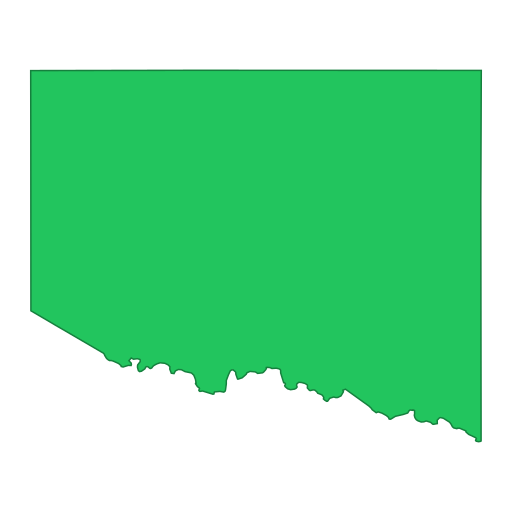 the district of Iron, Michigan, United States of America
{"feature_id": "52423323B77509587550290", "entity_name": "Iron", "entity_type": "district", "adm_level": 2, "iso_a3": "USA", "parent_name": "United States of America", "parent_adm1": "Michigan", "projection": "mercator", "projection_center": [-88.526, 46.17], "detail": "fine", "context": "isolated", "style": "filled", "palette": "green", "viewbox_px": 512, "rotation_deg": 0, "n_neighbors": 0, "source": "geoboundaries", "source_scale": "gbopen_adm2", "svg_char_len": 2725}
<svg xmlns="http://www.w3.org/2000/svg" viewBox="0 0 512 512"><path d="M30.7,70.6L30.8,135.8L30.9,310.8L52.6,323.5L55.4,325.2L60.8,328.3L103.3,353.1L104.3,354.2L104.7,355.4L106.6,358.5L108.3,359.9L109.7,360.6L111.1,360.5L113.0,361.0L118.6,363.5L120.7,365.3L121.3,366.0L121.2,366.5L123.1,367.0L128.3,365.4L131.1,365.5L131.4,364.6L131.2,363.1L128.9,360.7L131.2,358.0L133.5,359.2L137.3,358.7L139.9,359.4L140.2,359.8L140.2,361.6L137.7,364.9L137.5,366.0L137.5,367.5L138.4,370.7L139.6,371.6L141.5,371.2L144.8,368.9L145.4,367.8L145.6,367.3L145.9,367.0L146.2,366.8L146.7,366.6L147.2,366.6L147.9,366.7L149.8,368.3L150.5,368.5L151.7,368.0L152.9,366.4L153.9,365.5L156.8,363.9L160.1,362.8L164.9,363.3L168.0,364.8L169.9,366.7L169.8,369.2L171.3,373.2L174.0,373.6L175.4,370.9L178.3,369.5L181.4,369.7L185.0,371.6L189.3,372.5L191.5,373.0L193.8,375.2L195.4,379.2L196.1,383.0L195.7,383.0L195.5,383.7L197.5,386.7L199.3,388.0L199.5,388.6L199.1,389.4L198.9,390.5L199.4,391.1L199.9,391.4L200.7,391.3L202.5,391.0L212.9,394.2L213.9,394.0L214.3,392.2L214.7,391.9L219.9,391.4L223.8,392.1L225.0,391.3L225.5,390.0L226.3,383.9L226.3,380.5L228.4,374.9L230.2,371.0L231.5,370.0L233.2,369.9L235.4,371.8L235.7,372.3L235.9,374.4L237.5,378.9L237.9,379.2L242.2,377.8L246.2,374.3L246.9,372.8L250.0,371.4L255.4,371.9L257.6,373.4L262.6,372.8L263.7,372.0L265.8,369.6L266.5,368.2L266.3,367.5L267.1,367.3L270.0,367.6L271.9,368.5L276.2,368.2L278.9,368.8L280.1,369.4L280.6,370.3L280.7,373.1L283.7,382.7L284.4,382.7L285.4,383.7L285.4,384.3L284.7,385.7L285.1,386.6L287.6,388.8L290.6,389.7L294.6,389.1L296.1,388.3L297.1,387.0L296.6,385.5L296.8,383.9L298.8,382.3L301.5,382.5L305.1,383.5L307.3,384.9L307.5,385.9L307.3,387.9L309.4,390.3L310.2,390.6L313.1,389.9L314.8,390.1L316.8,391.8L317.7,393.2L321.8,394.8L323.2,396.4L323.8,397.7L323.4,398.9L324.8,400.2L326.6,401.3L327.6,401.2L329.6,398.5L330.2,398.1L333.8,397.0L335.8,397.6L337.7,397.5L341.0,395.9L343.4,391.8L342.9,390.2L345.5,389.2L369.0,406.1L371.3,408.3L372.2,409.7L376.2,412.7L378.1,411.9L381.9,413.1L386.3,415.5L388.4,417.3L389.2,419.1L390.7,419.2L395.4,416.3L403.1,414.5L407.7,413.0L409.2,410.6L410.1,410.0L412.5,410.3L412.5,410.0L413.0,409.9L414.5,410.5L414.6,413.6L414.3,415.2L414.7,417.0L415.4,418.5L416.4,419.8L417.9,420.8L421.2,422.0L423.9,421.8L426.1,421.0L426.9,421.2L430.6,422.3L432.6,424.1L433.4,424.3L437.3,423.6L437.2,420.2L439.5,417.8L440.2,417.6L442.4,418.0L443.6,418.4L449.6,422.2L450.9,423.9L452.4,426.7L453.7,427.9L456.9,428.7L457.3,428.2L459.6,428.2L465.9,430.9L465.9,431.8L466.2,432.2L468.7,434.4L475.7,437.7L476.4,438.9L475.7,439.9L475.6,440.5L476.2,441.2L478.6,441.7L480.3,441.4L481.1,441.0L480.8,199.7L481.3,70.4L191.4,70.3L30.7,70.6Z" fill="#22c55e" stroke="#15803d" stroke-width="1.5"/></svg>